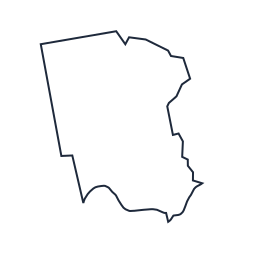 Dyer, Tennessee, United States of America (Albers equal-area conic projection), rotated 258°
{"feature_id": "52423323B67053212067628", "entity_name": "Dyer", "entity_type": "district", "adm_level": 2, "iso_a3": "USA", "parent_name": "United States of America", "parent_adm1": "Tennessee", "projection": "albers", "projection_center": [-89.571, 36.047], "detail": "fine", "context": "isolated", "style": "outline", "palette": "slate", "viewbox_px": 256, "rotation_deg": 258, "n_neighbors": 0, "source": "geoboundaries", "source_scale": "gbopen_adm2", "svg_char_len": 971}
<svg xmlns="http://www.w3.org/2000/svg" viewBox="0 0 256 256"><g transform="rotate(258 128 128)"><path d="M216.5,147.9L210.5,142.8L225.1,136.6L228.1,60.1L114.5,57.0L112.7,67.8L63.9,68.7L65.8,69.7L67.8,71.0L71.7,74.8L73.8,77.6L76.0,81.5L76.8,83.8L77.0,86.4L76.8,90.0L76.5,92.5L76.1,93.6L74.4,95.9L73.4,96.9L68.8,99.3L65.4,101.8L64.3,102.3L59.2,103.7L54.1,105.6L51.0,107.0L49.0,108.7L46.8,111.8L46.4,112.7L45.7,117.1L44.8,125.9L43.8,133.5L43.4,135.5L42.0,139.3L38.2,144.6L37.4,145.9L37.0,147.6L27.9,147.8L28.6,149.4L29.5,150.8L32.8,154.1L32.9,154.5L32.5,158.9L32.6,160.5L32.9,161.6L34.3,163.9L35.8,165.3L39.4,167.7L43.9,170.5L47.5,173.5L49.4,175.6L54.6,179.9L55.9,181.7L56.6,183.3L57.8,187.5L58.5,189.1L63.2,180.6L71.2,182.4L78.6,178.7L84.7,179.9L88.5,175.0L103.5,178.9L112.1,176.3L111.9,170.5L141.0,170.9L144.0,173.2L148.9,182.0L159.4,189.8L163.3,199.0L185.0,196.6L189.5,185.0L195.4,183.3L210.9,163.7L216.5,147.9Z" fill="none" stroke="#1e293b" stroke-width="2"/></g></svg>